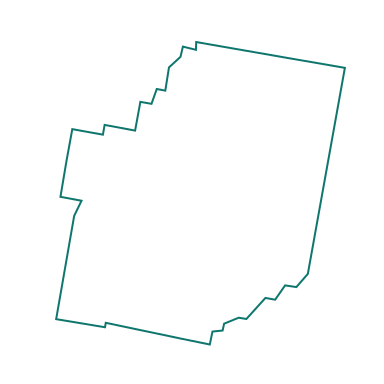 Venango, Pennsylvania, United States of America, rotated 190°
{"feature_id": "52423323B82006057741431", "entity_name": "Venango", "entity_type": "district", "adm_level": 2, "iso_a3": "USA", "parent_name": "United States of America", "parent_adm1": "Pennsylvania", "projection": "albers", "projection_center": [-79.716, 41.398], "detail": "fine", "context": "isolated", "style": "outline", "palette": "teal", "viewbox_px": 384, "rotation_deg": 190, "n_neighbors": 0, "source": "geoboundaries", "source_scale": "gbopen_adm2", "svg_char_len": 571}
<svg xmlns="http://www.w3.org/2000/svg" viewBox="0 0 384 384"><g transform="rotate(190 192 192)"><path d="M213.9,340.4L212.8,332.7L226.2,333.6L226.8,323.1L236.3,310.7L235.9,287.2L244.6,287.3L247.2,271.8L258.5,271.8L258.7,242.6L289.7,242.9L289.7,233.0L320.8,233.1L321.0,199.7L320.7,164.4L299.3,164.2L303.9,148.0L303.7,43.2L254.2,43.7L254.2,48.2L177.7,45.7L148.0,44.9L147.6,58.1L137.8,60.9L137.5,67.9L124.2,76.3L116.4,76.4L101.3,100.4L91.4,100.4L84.1,116.2L72.7,116.5L63.7,131.5L63.0,340.8L119.5,340.6L213.9,340.4Z" fill="none" stroke="#0f766e" stroke-width="2"/></g></svg>